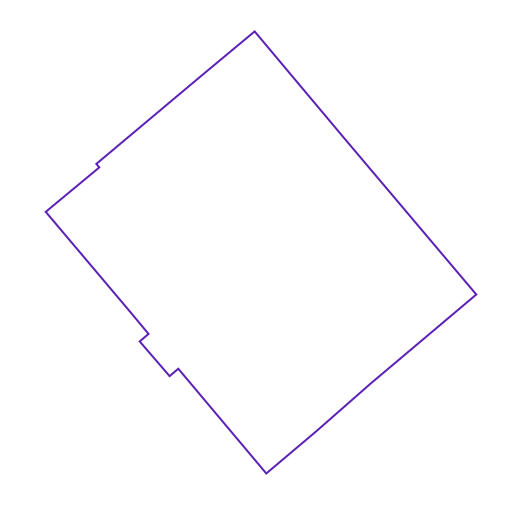 the district of Rice, Kansas, United States of America, rotated 50°
{"feature_id": "52423323B49565855345372", "entity_name": "Rice", "entity_type": "district", "adm_level": 2, "iso_a3": "USA", "parent_name": "United States of America", "parent_adm1": "Kansas", "projection": "orthographic", "projection_center": [-98.203, 38.341], "detail": "fine", "context": "isolated", "style": "outline", "palette": "violet", "viewbox_px": 512, "rotation_deg": 50, "n_neighbors": 0, "source": "geoboundaries", "source_scale": "gbopen_adm2", "svg_char_len": 352}
<svg xmlns="http://www.w3.org/2000/svg" viewBox="0 0 512 512"><g transform="rotate(50 256 256)"><path d="M427.1,112.0L221.3,112.7L83.1,112.7L82.8,181.6L82.8,319.1L87.4,319.1L87.0,388.7L212.6,388.3L246.6,388.4L246.7,400.0L292.5,399.4L292.4,388.0L429.2,387.9L429.0,322.3L427.4,250.2L427.1,112.0Z" fill="none" stroke="#5b21b6" stroke-width="2"/></g></svg>